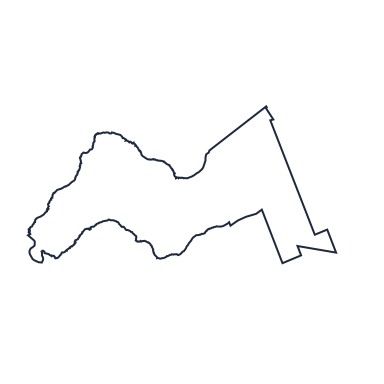 outline of Constitución, Santa Fe, Argentina, rotated 191°
{"feature_id": "61730980B65517483181137", "entity_name": "Constitución", "entity_type": "district", "adm_level": 2, "iso_a3": "ARG", "parent_name": "Argentina", "parent_adm1": "Santa Fe", "projection": "natural_earth1", "projection_center": [-60.677, -33.505], "detail": "fine", "context": "isolated", "style": "outline", "palette": "slate", "viewbox_px": 384, "rotation_deg": 191, "n_neighbors": 0, "source": "geoboundaries", "source_scale": "gbopen_adm2", "svg_char_len": 6117}
<svg xmlns="http://www.w3.org/2000/svg" viewBox="0 0 384 384"><g transform="rotate(191 192 192)"><path d="M298.0,220.0L298.1,218.4L298.4,218.0L297.8,217.0L298.3,215.1L299.2,214.4L300.2,214.2L301.1,212.2L302.1,210.8L303.6,210.0L306.0,210.0L307.6,208.0L307.5,206.5L307.9,206.0L307.7,205.4L308.5,204.7L308.6,204.0L307.5,202.4L307.4,201.8L306.9,201.2L306.9,200.2L306.2,199.2L307.0,198.5L307.1,198.1L306.7,197.1L307.1,196.6L307.2,195.8L306.7,195.4L306.6,195.1L306.9,192.0L307.5,191.6L307.5,190.6L308.1,190.1L307.7,189.3L308.1,188.4L307.9,187.3L308.4,186.3L308.8,186.0L308.9,184.8L309.3,184.1L309.4,183.3L309.1,182.4L309.7,180.9L312.1,178.6L314.7,175.0L315.3,174.8L316.4,173.8L317.0,173.6L317.0,173.3L317.6,173.2L318.8,172.3L319.8,171.3L321.8,169.7L322.2,169.8L324.9,168.1L326.5,165.3L326.9,165.3L327.2,164.5L327.8,164.4L327.8,163.7L328.3,162.7L328.0,159.8L328.6,159.8L329.0,159.0L329.1,158.7L328.8,157.8L329.2,157.7L329.2,157.2L329.4,157.1L330.2,155.3L329.9,154.8L330.0,154.4L330.3,153.7L330.7,153.4L331.0,152.4L329.8,150.5L330.2,150.1L330.4,149.3L330.1,148.6L330.5,148.1L329.7,147.9L330.1,147.1L330.9,146.9L331.1,146.4L330.6,145.7L330.6,145.4L332.1,143.8L333.1,141.8L335.8,139.1L339.1,137.0L339.7,135.9L340.1,135.7L340.6,134.7L340.3,132.8L340.3,132.6L340.8,132.6L341.1,132.0L341.3,130.5L342.1,129.7L342.3,128.0L342.6,127.5L343.6,127.0L344.1,126.1L344.0,125.8L345.0,124.6L344.1,124.1L344.1,123.4L344.9,123.3L344.6,122.5L344.7,121.4L344.1,121.1L343.6,121.6L343.5,120.6L343.9,120.5L343.8,120.2L343.2,120.4L342.7,119.8L344.7,118.2L338.1,114.5L336.9,113.4L336.3,109.8L336.7,108.7L339.6,105.7L340.2,103.7L340.1,101.9L339.3,100.0L335.7,95.8L333.8,94.9L329.2,93.8L326.0,94.1L325.4,96.1L325.4,98.3L325.7,99.1L327.1,100.9L327.6,103.9L328.0,104.6L328.3,104.7L328.3,105.1L327.2,106.0L325.6,105.3L325.0,103.9L320.8,103.7L319.5,102.9L318.5,102.7L318.0,102.9L317.5,102.2L316.5,102.9L315.9,102.8L315.5,103.0L314.4,102.3L314.1,101.3L313.4,100.8L312.9,100.9L312.1,101.5L311.4,101.6L310.1,103.3L309.5,104.7L308.5,105.9L308.4,107.3L307.9,108.0L306.9,108.0L305.8,108.6L305.0,109.5L304.7,110.3L304.3,110.6L303.7,110.5L303.7,111.4L303.4,111.9L302.5,112.5L302.0,113.3L301.2,113.6L301.4,114.1L301.1,114.9L300.1,115.3L299.8,115.9L299.1,115.9L298.8,116.7L297.6,117.9L297.8,118.1L297.5,118.9L296.9,119.6L297.5,120.3L296.8,120.7L297.4,121.7L297.4,122.2L294.9,124.0L294.8,124.9L294.1,126.1L294.0,126.8L294.2,127.2L293.6,127.6L293.6,128.5L292.6,129.4L291.8,130.9L292.1,131.3L292.0,131.8L291.6,132.0L289.8,135.2L288.6,135.5L288.0,136.0L287.3,135.9L286.8,136.3L285.5,135.4L284.5,136.0L284.3,136.5L285.0,137.3L284.8,137.9L284.2,138.5L283.2,138.9L281.8,139.2L280.8,140.7L280.1,141.1L280.1,141.6L279.5,142.4L278.0,143.3L277.8,143.7L277.5,143.7L276.9,144.4L275.0,145.2L273.8,146.3L269.4,148.0L268.3,149.2L266.4,148.7L264.2,149.2L261.1,148.9L260.3,148.4L259.5,148.5L258.3,147.9L257.6,146.8L255.2,145.2L254.9,144.7L253.9,144.3L253.2,144.8L252.0,144.6L249.6,142.3L249.1,142.1L248.4,142.4L247.2,142.3L245.3,141.9L244.4,141.2L243.2,141.3L242.1,140.0L241.2,139.7L239.6,138.5L238.7,138.3L238.6,137.9L238.2,137.5L237.9,136.4L238.2,135.3L237.6,134.1L237.8,133.6L236.6,133.3L236.3,132.9L235.6,132.8L235.1,133.2L233.9,133.4L233.1,134.2L232.4,133.6L230.9,134.6L230.1,134.6L229.5,135.0L227.4,134.7L226.3,134.1L225.1,134.2L224.9,133.9L224.1,133.7L222.6,132.6L222.3,131.9L221.3,131.4L221.0,131.0L221.0,130.5L219.1,128.3L219.2,127.3L218.5,126.3L218.3,125.3L217.7,125.0L217.6,124.2L216.9,123.7L216.7,123.2L213.6,121.1L213.6,120.5L213.1,120.8L211.1,120.5L210.0,120.6L208.6,121.4L207.3,121.7L204.9,123.4L204.3,124.4L203.6,124.4L201.6,126.0L200.2,126.6L200.0,127.0L198.3,127.0L197.3,127.6L195.8,127.7L195.0,128.1L193.6,127.4L193.0,127.7L191.6,128.8L189.7,131.7L188.6,132.5L187.7,134.4L187.0,136.4L186.8,137.7L185.7,139.4L185.4,140.9L183.6,144.1L182.9,146.3L181.8,148.0L179.6,150.4L177.0,151.1L176.0,151.8L175.6,151.7L174.2,152.9L173.1,153.0L171.6,154.0L171.4,154.3L171.4,155.1L170.9,155.7L170.7,156.4L170.1,156.7L169.7,157.9L169.0,158.6L168.3,159.1L168.1,158.9L167.4,159.6L166.8,159.7L165.7,160.7L164.5,161.1L164.4,161.4L162.1,162.4L161.4,163.0L161.0,162.9L157.3,163.5L154.9,164.5L150.7,168.1L149.8,169.4L147.8,166.3L141.4,172.9L134.2,178.0L124.9,182.8L120.1,188.0L89.6,139.4L72.8,150.6L78.1,159.1L39.0,160.0L52.1,180.9L63.3,173.5L128.8,277.3L126.0,278.7L135.6,288.6L134.8,289.4L135.5,290.2L182.9,236.0L182.9,234.8L183.4,233.5L184.8,232.2L185.3,231.3L185.3,228.1L184.8,225.8L184.8,224.6L185.1,223.6L185.1,222.4L185.8,217.9L186.6,216.2L188.8,213.2L190.1,211.9L190.5,211.8L192.8,209.2L195.2,207.1L199.5,204.5L203.0,204.1L203.2,203.9L204.0,204.2L204.7,204.1L205.6,203.7L205.7,203.8L207.4,203.6L207.7,203.1L208.1,203.6L208.5,203.6L210.3,202.4L210.5,203.6L211.1,203.6L211.6,203.9L212.3,204.6L212.9,205.8L213.1,206.5L212.5,207.0L214.1,208.4L214.2,208.9L214.7,209.5L215.2,209.6L215.3,210.2L215.8,210.4L215.8,210.8L217.3,211.7L217.9,212.6L219.1,213.4L219.3,214.0L219.6,213.9L219.9,214.1L222.3,214.7L224.1,215.9L225.0,215.9L225.5,216.7L226.3,216.5L227.9,216.8L228.5,216.6L229.5,216.7L231.1,216.3L232.2,216.6L232.8,216.4L234.1,216.9L234.6,216.6L235.5,216.6L235.6,216.9L236.4,217.0L236.8,216.5L239.0,215.8L239.7,216.0L241.1,215.6L242.8,216.0L247.4,217.9L248.5,218.8L248.9,219.2L249.2,220.4L250.1,221.4L250.1,221.9L250.9,222.6L251.4,222.3L251.9,222.7L253.8,225.3L254.7,225.7L255.1,226.3L255.6,226.4L255.9,227.0L256.3,227.4L256.5,227.2L256.5,227.6L257.1,228.1L258.4,228.5L258.7,229.3L259.0,229.0L259.0,228.5L259.3,228.2L260.1,228.6L260.5,228.5L261.0,229.1L261.9,229.6L262.6,229.4L263.0,228.8L264.7,229.9L265.1,229.8L266.1,230.2L266.7,229.9L266.5,230.6L266.7,230.9L267.2,231.0L267.6,230.9L268.0,231.3L269.3,231.9L270.4,231.7L270.7,232.5L272.6,234.0L273.8,234.4L278.2,234.6L279.0,235.0L280.8,235.2L281.5,234.9L282.0,235.1L282.2,234.5L282.9,233.9L284.6,233.9L285.3,234.4L286.9,234.3L289.2,233.4L290.1,233.6L293.3,231.8L295.5,231.8L295.5,231.1L296.1,231.2L296.7,230.9L297.0,230.0L297.5,230.0L298.1,228.8L297.8,227.9L298.2,227.4L297.7,227.0L298.0,225.9L297.7,224.3L297.3,223.6L297.4,223.1L297.7,222.9L297.7,222.4L298.3,221.2L298.0,220.0Z" fill="none" stroke="#1e293b" stroke-width="2"/></g></svg>